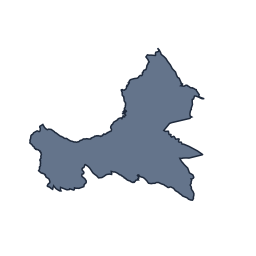 Chiquinquirá, Boyacá, Colombia, rotated 292°
{"feature_id": "7082276B335573977446", "entity_name": "Chiquinquirá", "entity_type": "district", "adm_level": 2, "iso_a3": "COL", "parent_name": "Colombia", "parent_adm1": "Boyacá", "projection": "equal_earth", "projection_center": [-73.82, 5.627], "detail": "fine", "context": "isolated", "style": "filled", "palette": "slate", "viewbox_px": 256, "rotation_deg": 292, "n_neighbors": 0, "source": "geoboundaries", "source_scale": "gbopen_adm2", "svg_char_len": 5790}
<svg xmlns="http://www.w3.org/2000/svg" viewBox="0 0 256 256"><g transform="rotate(292 128 128)"><path d="M54.9,61.1L53.8,64.3L53.9,65.8L54.1,65.9L53.8,68.6L53.3,68.6L53.1,69.2L51.8,70.4L51.3,73.3L50.8,74.2L49.1,75.6L48.3,75.9L47.7,75.9L46.6,75.1L45.7,74.9L44.2,74.8L43.7,75.2L43.8,77.5L43.1,79.6L42.9,81.1L43.5,81.1L44.7,80.7L45.7,80.9L46.5,80.7L44.8,83.9L44.2,87.0L44.1,88.5L44.6,89.5L45.6,88.4L47.7,87.7L47.8,94.6L49.0,96.7L49.8,96.7L50.1,100.9L50.4,101.2L51.3,101.2L52.5,100.8L52.6,102.4L53.1,103.3L53.6,105.1L57.1,109.0L59.2,108.6L61.6,109.7L63.3,109.1L63.9,108.1L64.4,107.7L65.3,105.5L65.7,103.8L66.4,103.0L68.0,102.7L68.9,103.9L70.0,103.9L70.7,103.4L71.8,101.3L72.8,100.7L73.7,101.0L73.9,100.9L74.9,101.9L77.9,101.8L78.1,102.0L77.6,104.8L77.3,105.7L76.4,107.7L73.3,112.2L72.6,114.3L72.0,116.8L70.7,119.4L72.3,122.4L74.1,123.8L76.2,125.1L77.0,125.8L78.4,128.3L78.8,130.2L79.7,130.0L80.7,129.1L81.5,128.7L81.8,131.1L82.3,132.2L82.3,134.0L81.9,136.5L81.5,137.4L81.7,139.2L81.2,140.0L81.3,140.8L80.9,142.0L80.8,142.8L80.3,143.2L80.4,144.3L80.1,144.7L80.2,145.1L79.8,145.7L79.5,147.0L79.5,148.8L79.7,149.9L79.3,150.7L79.4,151.3L79.2,152.2L79.4,153.2L79.9,153.5L80.0,154.0L80.3,153.9L80.4,154.3L82.7,155.0L83.8,157.2L84.6,156.1L85.1,156.2L85.7,156.8L86.3,156.3L86.6,156.4L87.5,154.5L87.9,154.6L87.9,154.9L88.2,155.0L88.5,155.5L87.8,156.5L87.6,157.2L87.5,158.4L87.8,160.5L87.4,162.2L85.9,165.6L85.4,166.2L84.5,167.7L85.1,170.4L86.1,172.0L86.8,173.7L88.0,174.6L88.9,176.7L88.7,179.8L88.9,182.6L88.5,183.7L88.3,185.6L87.8,187.0L88.1,188.1L89.2,189.3L89.4,190.1L89.2,191.7L89.2,192.8L87.7,195.3L87.2,198.9L86.6,200.2L86.2,202.3L85.4,204.1L85.4,208.6L85.2,209.8L84.7,210.6L84.7,213.0L85.2,214.8L85.4,214.9L87.2,215.1L88.4,214.5L90.1,214.3L91.8,213.7L93.5,212.0L94.7,210.1L95.7,209.2L96.1,209.3L97.2,208.6L98.4,207.0L100.5,207.3L101.5,206.7L103.5,206.6L104.4,205.6L104.8,206.5L106.0,207.4L106.8,207.5L107.4,207.1L108.8,205.7L109.4,201.8L113.2,198.4L114.9,194.3L116.0,192.1L116.4,191.7L116.5,191.1L118.0,188.8L119.3,187.4L119.9,189.2L120.7,190.2L122.0,193.0L123.0,195.9L130.4,206.1L131.1,207.0L131.4,207.0L132.8,200.9L133.8,191.5L133.9,185.7L133.3,184.2L134.7,182.8L134.8,182.5L134.1,180.9L134.2,180.1L134.8,179.8L136.8,179.6L136.9,179.4L136.8,178.8L135.5,176.5L137.3,174.1L137.4,173.5L135.9,171.8L136.3,170.8L138.0,170.3L138.0,169.8L137.4,169.1L137.4,168.5L140.1,166.7L139.8,165.7L138.9,164.1L139.1,162.1L147.8,164.8L149.4,166.6L160.1,181.8L161.2,182.1L162.1,183.0L162.4,181.1L164.2,180.1L167.0,179.5L168.9,179.5L169.0,179.7L170.0,179.2L173.9,179.0L176.6,177.6L178.6,176.9L179.4,177.9L182.5,177.7L183.0,178.9L183.1,182.1L182.9,184.0L182.9,185.8L183.7,187.7L183.5,183.7L183.8,181.9L184.2,181.6L185.6,181.5L188.5,177.2L189.1,176.9L189.0,175.5L189.4,173.9L189.1,173.0L189.4,172.5L188.9,171.6L188.8,170.7L189.4,168.4L189.4,167.4L189.7,167.1L189.6,166.2L189.4,165.7L187.7,164.3L187.0,161.2L188.4,162.1L188.8,161.1L189.3,161.6L189.7,160.2L190.1,160.1L193.3,156.8L193.5,155.2L193.8,154.7L195.1,153.3L197.7,151.1L199.6,146.8L202.3,143.7L204.8,139.5L206.5,137.3L207.6,134.8L208.7,131.2L210.2,129.9L212.1,127.6L213.1,125.5L211.7,127.4L210.9,127.8L210.3,127.5L208.6,125.4L207.4,125.5L205.9,126.3L205.5,126.2L204.2,122.0L203.5,120.5L203.1,118.6L200.6,118.0L198.8,121.1L197.9,121.7L197.4,122.7L197.1,122.9L195.6,122.3L194.5,122.5L193.3,122.1L190.6,122.7L188.9,122.7L187.4,121.1L185.7,120.9L185.2,121.1L184.4,120.6L183.3,121.3L182.2,121.3L181.7,121.1L181.7,120.5L181.3,119.6L179.6,118.7L178.9,118.8L177.6,117.9L176.2,115.3L174.0,112.5L173.0,111.8L172.5,111.8L171.6,111.5L170.6,112.1L170.2,111.7L169.9,111.9L169.8,111.6L169.4,112.1L168.9,111.9L168.2,112.0L167.1,111.0L166.5,111.7L165.8,111.1L164.5,111.6L163.5,111.5L161.6,110.3L161.4,109.2L161.5,108.3L160.9,107.5L160.6,107.5L160.1,108.3L159.5,108.4L158.7,109.4L157.5,109.7L156.1,110.5L155.4,112.3L155.1,112.6L154.4,112.7L153.9,113.2L151.7,114.3L150.2,116.5L149.5,116.5L148.4,117.2L147.8,117.1L146.2,117.7L145.1,117.3L144.5,117.4L144.3,117.8L142.9,117.8L142.9,118.0L143.5,119.1L143.3,119.8L142.8,120.3L142.2,119.9L142.2,119.6L142.7,118.7L142.3,118.0L141.5,117.6L141.8,118.8L141.0,119.6L139.9,117.8L139.4,117.6L139.2,118.0L139.6,118.5L139.6,119.7L139.3,120.8L139.0,121.1L137.8,120.4L137.5,119.2L137.3,119.4L137.3,120.3L137.0,120.5L136.3,118.9L134.4,118.8L134.8,118.1L134.8,117.8L133.7,116.2L132.8,115.4L131.9,115.3L130.6,114.5L128.0,112.5L125.5,112.3L124.8,111.7L123.0,111.5L122.1,111.7L121.2,112.4L120.9,113.0L120.2,113.4L119.0,113.5L118.4,113.2L117.7,112.1L116.4,111.4L116.1,110.7L115.6,110.7L115.2,110.1L113.7,109.5L113.3,108.5L113.5,107.9L111.9,107.3L111.8,107.0L111.3,107.1L110.3,106.2L109.9,105.8L110.2,105.1L109.7,104.3L109.7,103.1L109.2,102.6L109.1,101.9L108.4,101.1L108.1,100.3L106.9,99.7L105.3,98.0L104.9,97.9L104.7,97.5L104.1,97.6L103.8,97.4L103.1,95.8L102.6,93.6L101.9,92.7L101.1,90.7L99.4,89.6L98.5,88.3L96.9,87.6L96.1,86.3L95.5,85.7L95.3,84.2L94.8,83.3L94.8,81.3L94.5,80.0L94.6,78.3L94.8,77.7L94.8,76.7L95.1,76.2L95.3,74.9L94.6,73.3L94.7,72.3L95.0,71.8L95.1,70.1L95.3,69.5L95.0,68.9L95.3,67.4L96.5,63.2L96.5,62.0L97.0,61.1L97.9,57.3L97.2,54.8L96.2,53.9L96.2,53.6L96.6,51.8L97.4,50.2L99.4,47.7L96.5,45.6L95.6,45.9L95.0,46.7L92.7,47.5L92.0,47.4L91.3,46.9L91.4,45.2L91.1,44.6L88.2,42.3L86.2,41.9L85.6,41.2L84.5,40.9L81.4,41.7L80.0,41.6L79.2,42.2L77.4,42.6L77.1,43.3L76.8,44.7L75.4,47.0L75.3,48.0L74.8,48.6L74.3,48.8L74.1,49.8L73.7,50.2L74.0,50.5L73.8,51.0L74.0,51.2L73.8,51.8L74.1,52.3L74.2,53.1L73.9,53.6L73.8,54.9L73.2,55.1L73.1,55.8L72.6,56.0L72.6,56.5L72.0,56.7L71.1,57.6L69.2,57.7L67.5,58.6L65.9,58.2L65.6,58.4L65.2,58.3L65.0,58.5L65.1,59.0L64.8,59.2L64.2,59.2L63.6,59.7L62.4,60.0L62.2,60.3L61.1,60.4L60.5,60.9L59.7,60.9L58.8,60.5L58.3,60.6L57.9,61.1L57.3,61.1L56.4,61.4L54.9,61.1Z" fill="#64748b" stroke="#1e293b" stroke-width="1.5"/></g></svg>